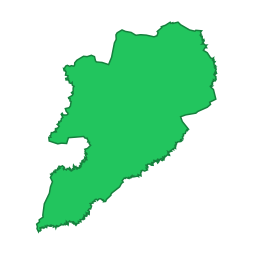 the district of Phimai, Nakhon Ratchasima, Thailand, rotated 183°
{"feature_id": "78962969B83847555024390", "entity_name": "Phimai", "entity_type": "district", "adm_level": 2, "iso_a3": "THA", "parent_name": "Thailand", "parent_adm1": "Nakhon Ratchasima", "projection": "orthographic", "projection_center": [102.551, 15.277], "detail": "fine", "context": "isolated", "style": "filled", "palette": "green", "viewbox_px": 256, "rotation_deg": 183, "n_neighbors": 0, "source": "geoboundaries", "source_scale": "gbopen_adm2", "svg_char_len": 5764}
<svg xmlns="http://www.w3.org/2000/svg" viewBox="0 0 256 256"><g transform="rotate(183 128 128)"><path d="M99.5,230.1L103.9,225.9L102.9,224.7L103.9,221.7L106.8,220.4L114.6,221.7L120.3,221.8L125.0,221.0L129.9,223.6L135.6,224.3L139.1,225.6L143.8,222.5L144.9,220.4L144.4,215.9L146.0,212.3L148.1,197.7L150.7,190.3L157.3,192.1L163.0,192.3L164.0,193.4L165.2,197.5L168.4,198.7L172.5,197.1L176.2,197.3L182.6,193.0L184.6,190.3L184.6,188.2L185.3,186.9L188.0,187.3L189.2,186.4L191.9,187.4L193.5,186.5L194.7,183.9L195.4,184.1L194.8,182.0L193.6,182.2L193.7,181.5L192.7,180.7L193.2,177.5L190.7,177.0L190.7,175.0L192.8,174.3L192.3,172.7L190.0,173.6L190.1,172.2L188.9,171.6L189.0,170.1L187.0,169.5L186.2,170.5L185.7,167.6L184.1,166.8L184.9,165.2L184.7,161.8L186.3,160.3L185.6,159.6L184.8,160.2L184.5,159.4L185.4,157.6L189.0,155.2L188.7,154.3L187.4,154.3L187.4,152.0L186.2,151.5L186.7,146.8L188.0,145.1L191.6,144.1L190.5,141.3L188.8,139.8L188.7,138.8L190.0,137.7L193.4,137.6L194.5,139.3L195.4,138.2L193.6,135.1L195.0,134.0L195.2,131.4L196.0,131.5L196.7,129.9L197.4,130.4L197.6,128.8L198.9,127.9L196.8,126.2L198.9,123.4L199.7,123.9L200.5,123.2L199.3,120.4L200.6,120.1L200.9,120.9L202.7,119.5L204.3,119.4L204.7,116.7L205.4,116.3L204.6,114.8L206.6,114.5L206.0,110.9L197.3,108.5L193.6,109.4L188.5,109.3L187.0,115.2L171.9,117.2L170.4,115.7L168.1,115.6L168.0,114.4L166.9,113.4L167.5,112.0L165.7,111.7L166.0,110.4L164.4,108.8L167.4,105.5L170.0,104.5L169.4,103.5L169.7,101.8L168.2,100.7L169.2,100.2L167.9,99.6L169.1,98.9L167.8,96.2L168.7,95.7L169.6,96.3L169.3,94.9L170.5,95.0L168.5,94.5L168.3,95.5L167.5,94.2L169.0,94.1L169.5,92.3L170.4,92.7L170.4,91.7L171.3,92.2L171.2,93.5L172.3,92.7L172.1,90.7L173.6,90.3L172.5,89.1L174.0,88.1L173.1,87.6L174.0,87.1L173.2,86.6L173.9,85.8L174.6,86.1L174.9,85.3L176.7,85.9L177.1,85.5L176.3,84.8L176.8,84.3L178.1,85.7L178.0,86.8L179.4,86.6L180.4,87.9L180.5,86.3L179.3,85.6L180.9,84.6L179.7,83.9L182.0,83.0L182.9,83.3L182.0,82.4L182.5,82.1L184.4,83.5L183.3,84.0L184.4,85.3L185.2,83.9L186.6,84.4L187.4,82.9L189.1,83.9L190.0,83.1L190.5,84.0L189.5,85.4L191.5,86.8L193.0,85.9L194.9,86.2L195.3,85.3L193.8,84.3L195.0,83.4L196.1,83.8L196.1,82.5L198.4,82.2L197.9,79.8L198.7,79.7L199.6,80.9L200.6,79.0L201.5,78.8L200.9,77.1L201.8,78.2L202.8,77.8L201.8,76.5L202.9,74.6L200.6,70.4L202.3,65.2L203.1,58.7L207.6,47.9L208.5,36.5L208.1,34.6L211.9,31.6L211.5,29.6L214.2,27.2L213.3,24.8L213.6,22.7L211.9,19.7L211.6,20.6L210.4,20.5L209.6,21.4L210.7,23.6L208.7,24.4L208.6,23.6L207.3,24.4L206.8,23.6L205.4,24.7L205.4,25.6L204.0,24.5L203.6,26.5L200.7,25.8L200.1,25.9L200.3,26.9L199.3,27.0L198.8,26.1L197.7,26.7L196.7,26.0L197.0,25.3L195.3,26.0L194.8,24.4L194.1,26.8L193.5,26.6L193.9,25.9L192.9,25.8L190.0,27.6L189.7,28.5L189.0,27.9L187.3,27.9L186.1,29.4L185.6,28.1L183.7,29.0L182.8,28.1L182.6,29.3L184.5,30.0L184.6,31.4L183.4,30.2L181.4,32.0L180.9,31.1L178.9,31.4L178.6,30.5L177.5,31.5L176.5,30.4L177.8,29.2L176.5,29.7L174.9,28.1L174.4,28.9L175.4,30.2L174.3,29.7L172.1,30.5L172.6,32.1L170.1,31.9L170.9,34.0L168.8,34.2L168.0,36.0L167.4,34.4L166.6,35.0L167.2,38.5L165.3,37.6L164.4,38.1L164.5,38.7L165.6,38.7L165.0,39.0L165.2,40.9L164.4,40.2L164.4,40.9L163.8,41.0L163.7,40.3L162.3,39.7L162.3,42.9L163.6,43.6L162.3,45.4L161.1,45.2L160.3,48.2L161.3,48.7L161.0,49.7L161.8,50.6L159.1,51.2L159.5,52.2L157.9,52.8L157.9,53.6L157.2,53.4L157.6,54.0L156.9,55.0L155.6,55.1L154.7,54.1L153.1,55.8L151.4,55.9L150.8,55.2L149.4,55.1L149.6,54.5L148.4,54.1L148.6,53.1L146.5,53.5L145.8,55.5L141.5,60.0L141.7,60.8L140.6,62.4L133.3,68.8L131.6,72.4L130.0,73.7L131.1,75.1L129.1,77.8L128.1,77.5L127.4,78.4L124.6,77.7L124.7,78.6L123.4,78.1L123.1,78.9L122.2,78.7L122.1,79.5L122.9,79.7L121.8,79.9L121.4,80.7L120.6,79.4L119.7,80.3L119.4,79.6L116.1,80.4L114.9,80.0L115.4,81.9L112.5,80.9L113.0,84.2L112.2,85.0L112.5,86.1L111.1,86.5L109.1,85.9L106.4,87.2L107.8,88.9L106.2,89.2L106.1,90.3L108.0,91.2L108.0,91.9L106.8,91.7L106.5,92.8L104.7,93.2L102.7,92.1L101.0,92.1L101.3,93.3L102.0,93.0L102.1,93.9L102.8,94.1L102.3,94.9L100.6,93.9L101.2,94.7L100.0,95.4L100.5,97.0L98.2,96.8L98.5,96.1L97.4,96.1L96.5,94.6L95.5,95.9L96.4,97.3L97.5,97.2L96.8,98.3L96.2,97.8L95.5,98.3L94.7,97.4L93.3,99.2L92.2,98.2L92.5,97.4L91.9,97.3L91.3,98.3L90.5,98.0L90.4,98.7L91.2,98.9L90.5,99.6L91.3,99.6L91.6,100.7L90.4,100.4L89.9,101.7L89.1,101.4L87.2,103.3L85.1,102.9L85.4,103.9L86.4,103.8L86.8,105.2L86.1,105.5L86.7,106.4L85.7,106.0L84.7,107.2L84.0,106.2L84.2,107.2L83.5,107.2L84.0,107.7L82.3,109.0L81.4,108.8L81.8,109.6L80.2,110.6L79.5,110.2L79.8,112.3L79.4,112.2L79.3,112.8L80.0,112.6L80.1,113.3L78.8,114.5L79.5,116.0L78.2,115.9L77.5,116.9L76.1,116.9L75.2,117.7L74.6,117.2L73.6,118.1L74.5,118.2L74.8,119.2L72.5,120.0L73.2,122.2L72.1,123.1L72.5,124.8L70.5,125.6L69.9,127.9L69.4,128.6L68.6,128.4L68.2,129.1L68.7,129.6L67.6,130.0L74.1,137.3L76.1,142.0L71.1,144.1L61.0,146.4L59.1,148.2L49.9,152.9L46.8,155.9L47.8,158.0L41.8,161.4L44.7,170.9L47.4,173.2L46.0,174.3L47.6,174.4L45.9,176.1L46.1,176.9L47.2,177.2L45.9,177.5L46.0,179.1L44.8,179.2L45.1,180.7L43.2,179.8L42.5,181.5L43.2,182.1L42.8,183.6L45.4,186.2L44.4,185.7L43.1,186.7L44.6,186.8L43.9,188.5L43.2,187.3L42.6,187.5L43.5,190.0L43.0,191.5L44.2,192.3L43.3,193.5L44.8,193.7L44.0,195.0L45.3,195.5L45.6,196.9L44.7,198.6L46.5,198.1L45.4,199.0L46.9,200.1L45.7,200.5L46.1,201.4L46.7,201.1L46.4,202.4L47.2,201.8L49.1,202.2L52.8,207.3L56.8,209.5L55.2,212.3L53.7,212.3L54.7,214.0L53.8,214.9L55.1,214.8L57.0,216.1L58.2,215.9L57.3,216.7L58.0,217.5L57.2,217.8L56.5,219.1L56.9,220.2L57.6,219.1L57.9,220.0L58.5,219.8L58.7,223.0L59.6,222.9L60.4,224.1L59.7,224.5L60.6,224.8L60.0,225.6L60.6,227.5L59.6,228.9L65.4,229.1L66.3,228.2L71.6,229.1L80.9,233.9L83.6,236.3L88.5,234.8L88.7,235.5L90.7,234.7L91.4,235.8L96.1,232.5L100.0,230.9L99.5,230.1Z" fill="#22c55e" stroke="#15803d" stroke-width="1.5"/></g></svg>